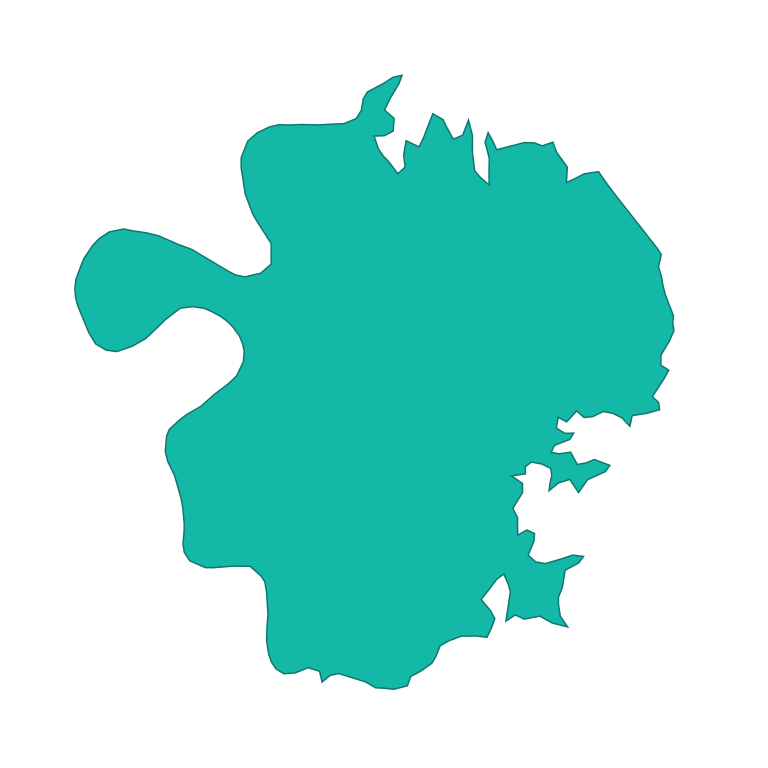 outline of Nova Prata do Iguaçu, Paraná, Brazil, rotated 263°
{"feature_id": "56859067B9009825137056", "entity_name": "Nova Prata do Iguaçu", "entity_type": "district", "adm_level": 2, "iso_a3": "BRA", "parent_name": "Brazil", "parent_adm1": "Paraná", "projection": "orthographic", "projection_center": [-53.379, -25.587], "detail": "fine", "context": "isolated", "style": "filled", "palette": "teal", "viewbox_px": 768, "rotation_deg": 263, "n_neighbors": 0, "source": "geoboundaries", "source_scale": "gbopen_adm2", "svg_char_len": 3205}
<svg xmlns="http://www.w3.org/2000/svg" viewBox="0 0 768 768"><g transform="rotate(263 384 384)"><path d="M675.9,403.1L669.6,398.2L658.5,394.9L650.9,388.9L647.3,376.2L648.3,363.3L649.1,351.1L651.7,332.9L652.6,321.1L654.1,311.5L653.2,301.8L648.8,288.8L641.6,278.3L626.0,269.8L615.7,268.6L603.6,269.0L589.5,269.4L568.8,274.4L560.8,277.8L537.3,289.1L516.7,286.6L509.0,275.1L507.3,259.2L510.2,250.1L515.1,242.9L541.0,209.6L547.5,197.0L558.5,178.4L563.1,166.3L566.8,152.9L569.6,144.5L568.4,129.8L563.1,119.1L557.3,112.0L545.2,101.5L538.7,97.8L525.5,91.0L516.8,88.9L507.2,88.4L498.9,89.6L471.2,97.2L458.9,102.7L451.5,112.3L448.7,122.8L452.3,139.2L458.3,153.2L467.6,165.8L474.6,175.0L484.1,191.0L484.1,203.7L481.1,214.6L476.8,221.9L471.2,229.9L465.0,236.4L458.9,241.0L449.4,246.3L440.7,248.7L433.2,249.2L423.2,247.1L409.9,238.6L402.8,228.9L394.8,215.0L384.2,199.5L377.4,183.8L373.5,177.1L365.2,165.4L358.4,161.7L343.5,158.7L333.7,159.9L318.5,165.0L295.0,168.7L285.5,169.2L269.5,168.7L262.0,167.6L249.7,165.0L241.1,165.3L232.2,169.7L223.5,184.3L222.5,192.0L221.6,212.0L219.4,228.9L208.7,238.3L202.4,241.6L192.0,242.1L169.7,240.8L156.8,238.2L143.8,236.2L129.4,236.7L121.9,238.3L114.3,242.1L108.6,249.3L108.1,260.7L111.7,274.1L106.7,285.1L95.7,286.2L101.4,295.1L102.1,303.9L90.5,329.5L83.5,338.6L82.0,347.2L79.8,356.6L81.6,370.4L90.5,374.9L94.4,385.3L101.0,397.4L106.8,402.0L117.4,407.9L121.1,416.7L124.3,429.8L122.8,444.1L120.1,455.4L128.6,460.8L137.6,465.4L146.0,462.1L158.4,454.1L166.4,462.4L176.6,472.3L180.8,479.8L169.5,483.1L162.3,484.1L151.2,481.0L133.8,476.1L138.8,486.1L133.5,494.6L134.7,510.2L126.3,521.8L120.5,536.6L132.0,530.7L143.3,530.3L151.0,531.1L160.1,536.1L177.1,541.1L182.7,555.5L188.5,561.0L191.2,550.5L188.9,539.5L186.1,522.3L188.8,513.1L196.5,506.2L209.8,513.7L217.3,515.2L221.7,508.0L217.7,498.3L225.7,499.1L235.0,500.3L244.9,496.7L259.4,508.3L268.4,509.3L277.2,499.4L277.6,513.4L284.7,514.2L288.6,520.9L285.2,531.1L280.0,539.1L273.0,539.4L264.8,536.5L258.0,534.8L264.6,545.3L266.7,556.7L252.5,563.9L264.3,574.4L270.0,592.9L275.7,598.3L283.4,583.5L281.0,574.8L280.6,566.0L293.6,560.9L293.4,549.1L295.8,541.6L302.3,545.7L306.4,561.7L312.1,566.3L313.0,557.5L319.3,549.6L329.7,552.9L324.2,560.6L328.9,566.3L333.8,571.9L326.3,578.6L326.3,587.5L330.0,598.3L326.9,607.6L321.5,616.0L312.1,622.9L322.4,626.5L322.9,641.2L324.9,654.4L332.2,654.3L338.7,648.8L344.3,653.5L354.6,662.2L362.9,668.3L369.0,661.1L378.9,662.4L391.7,672.4L401.6,678.3L409.3,678.0L416.4,679.6L438.0,674.2L447.9,672.9L457.3,672.4L466.9,670.7L478.6,675.0L485.1,671.9L545.4,635.5L554.4,630.3L568.6,622.8L568.2,608.2L564.3,597.7L561.7,589.6L576.9,592.4L592.9,583.6L603.4,581.1L601.1,570.1L605.0,562.6L606.5,552.6L602.8,524.4L612.1,521.5L620.8,518.0L611.8,513.8L595.1,516.0L582.7,514.2L568.7,512.6L577.7,504.5L584.5,500.0L603.4,500.0L619.8,502.1L635.6,500.0L621.3,492.4L618.6,482.6L631.7,477.4L639.2,474.8L646.3,465.4L633.9,458.7L623.7,453.3L615.0,447.7L622.8,435.6L608.8,431.4L596.7,431.4L591.0,423.4L603.9,415.9L610.0,411.3L618.3,407.0L631.3,404.4L630.4,414.6L633.9,423.9L646.3,426.4L655.8,418.0L665.9,424.3L680.5,435.6L688.2,439.5L687.3,430.2L682.4,420.2L675.9,403.1Z" fill="#14b8a6" stroke="#0f766e" stroke-width="1.5"/></g></svg>